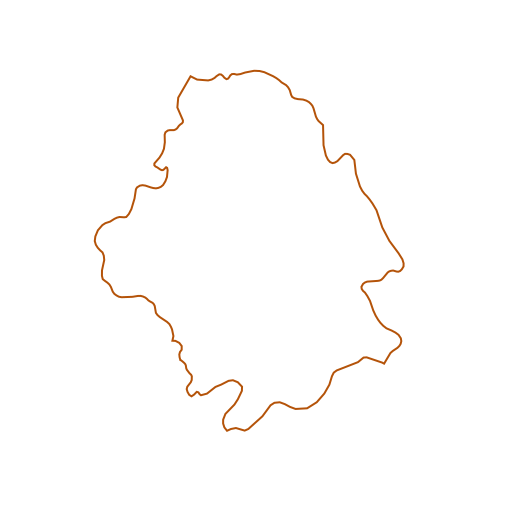 the border of Caras-Severin, rotated 311°
{"feature_id": "ROU-278", "entity_name": "Caras-Severin", "entity_type": "County", "adm_level": 1, "iso_a3": "ROU", "parent_name": "Romania", "parent_adm1": "", "projection": "orthographic", "projection_center": [21.99, 45.13], "detail": "fine", "context": "isolated", "style": "outline", "palette": "amber", "viewbox_px": 512, "rotation_deg": 311, "n_neighbors": 0, "source": "natural_earth", "source_scale": "10m", "svg_char_len": 3414}
<svg xmlns="http://www.w3.org/2000/svg" viewBox="0 0 512 512"><g transform="rotate(311 256 256)"><path d="M129.7,337.2L136.0,336.3L145.0,333.8L148.2,331.2L148.8,325.1L147.1,320.1L143.8,317.2L136.1,314.1L130.6,311.3L120.0,309.3L114.8,305.8L114.7,304.1L115.3,302.0L114.6,300.4L110.8,300.2L107.8,299.4L107.4,296.7L108.5,293.5L110.1,291.0L112.3,289.9L118.0,289.6L120.3,288.8L123.1,286.5L123.8,285.0L123.9,282.7L124.8,278.4L125.5,277.0L127.4,274.8L128.0,273.5L128.2,271.9L128.2,269.6L128.1,267.7L127.8,267.2L129.5,264.7L131.4,262.7L133.7,261.6L136.5,261.4L139.3,259.0L140.1,255.1L139.1,250.9L137.2,248.5L141.4,246.2L145.5,240.8L146.7,238.4L147.8,235.3L147.9,232.1L146.8,223.5L146.8,220.4L147.4,217.8L151.8,212.4L152.6,210.5L152.8,208.7L152.1,205.5L151.9,203.8L152.1,201.8L152.0,199.7L151.3,197.3L150.2,195.1L148.4,193.1L144.2,189.6L136.7,181.6L135.3,179.2L134.7,176.5L134.5,173.9L135.1,171.3L137.4,166.9L138.3,164.1L138.4,161.3L138.1,158.1L138.0,155.5L140.0,152.7L144.1,149.2L153.4,144.1L156.4,140.9L158.0,137.8L158.0,134.8L158.4,131.2L159.4,127.8L161.5,124.5L165.4,121.9L171.7,119.8L178.5,119.8L182.0,120.8L186.2,123.3L191.2,124.8L193.7,125.9L195.9,127.4L198.7,131.1L200.3,132.5L204.2,132.5L209.6,131.2L219.7,126.6L227.6,121.6L229.7,121.2L232.9,122.2L235.0,123.9L236.6,126.4L238.7,131.5L239.9,133.9L241.4,136.1L243.3,137.6L245.7,138.8L248.6,139.3L252.9,138.6L257.2,137.0L262.8,133.0L264.2,131.1L264.0,129.9L261.0,129.7L259.8,129.4L259.0,128.6L258.5,127.1L258.1,123.4L257.6,121.4L257.8,119.7L259.2,118.6L266.9,118.6L271.9,117.8L276.5,116.2L282.0,112.6L287.6,107.5L289.9,106.5L292.8,107.1L294.5,108.4L297.2,111.5L298.7,112.3L300.6,112.7L303.6,112.4L305.7,112.6L307.5,113.1L309.0,113.0L310.4,111.9L316.5,99.2L324.5,93.4L348.7,88.7L350.5,95.8L357.1,104.7L360.1,106.8L363.2,107.9L365.8,108.2L369.0,109.1L370.1,110.6L370.2,112.8L369.8,115.2L370.1,117.7L371.4,118.5L373.2,118.5L375.3,118.1L377.5,118.5L379.0,120.0L380.3,122.5L383.1,124.9L387.3,127.4L394.6,133.1L398.0,137.4L400.2,141.7L402.9,150.9L403.6,154.6L403.9,158.0L403.8,161.4L404.7,166.6L404.4,169.5L403.3,172.7L400.6,176.9L399.8,178.9L400.3,181.7L401.9,184.7L404.9,188.8L406.3,192.1L406.9,195.0L406.8,197.5L406.4,199.9L405.2,202.5L400.5,209.8L399.4,212.5L398.9,214.7L398.8,220.7L383.9,234.3L377.7,242.8L375.9,247.1L375.5,250.3L376.3,252.8L378.2,254.2L381.0,255.2L389.4,255.6L391.5,256.2L393.0,258.0L394.1,260.6L393.0,267.2L383.7,277.4L376.7,288.8L374.9,293.4L374.1,297.1L373.9,300.4L373.2,304.6L372.0,309.6L369.6,316.9L360.4,332.6L354.9,346.8L351.6,361.8L349.5,368.7L347.3,372.2L344.9,374.2L341.6,374.8L339.2,374.6L337.5,373.7L336.5,372.3L335.0,369.0L333.5,367.7L331.9,366.7L330.0,366.2L322.7,366.4L320.4,366.2L318.7,365.5L317.2,364.3L309.6,356.7L307.5,355.6L305.2,355.1L301.9,355.8L300.5,357.4L299.9,359.7L299.9,362.2L298.8,366.4L296.9,371.5L291.9,380.1L289.5,385.4L288.0,390.0L287.2,393.7L286.8,397.8L287.0,401.9L288.7,407.2L289.7,411.5L290.0,415.3L288.9,419.3L287.1,421.5L284.6,422.8L282.2,423.2L279.5,423.0L274.0,421.5L271.0,421.1L264.3,422.3L258.8,423.3L258.3,421.1L252.1,406.0L249.9,403.8L242.8,402.6L222.6,392.0L219.0,391.2L215.1,392.2L207.0,395.8L197.0,397.8L185.5,397.8L174.6,394.5L166.5,386.2L164.4,380.6L163.1,374.9L161.2,369.9L157.3,366.2L152.9,364.9L139.3,366.0L120.4,363.7L116.8,362.0L113.0,353.7L109.0,350.6L108.8,350.5L105.1,348.8L105.9,344.6L108.0,341.1L110.9,338.6L116.8,336.5L129.7,337.2Z" fill="none" stroke="#b45309" stroke-width="2"/></g></svg>